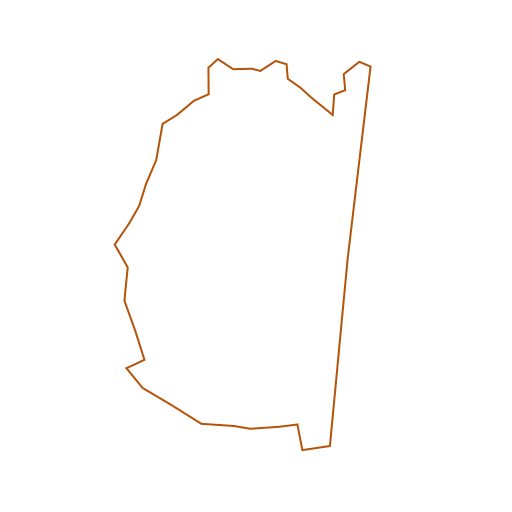 Syrianochori, Cyprus, rotated 169°
{"feature_id": "46923920B17336171931984", "entity_name": "Syrianochori", "entity_type": "district", "adm_level": 2, "iso_a3": "CYP", "parent_name": "Cyprus", "parent_adm1": "", "projection": "robinson", "projection_center": [32.933, 35.219], "detail": "fine", "context": "isolated", "style": "outline", "palette": "amber", "viewbox_px": 512, "rotation_deg": 169, "n_neighbors": 0, "source": "geoboundaries", "source_scale": "gbopen_adm2", "svg_char_len": 664}
<svg xmlns="http://www.w3.org/2000/svg" viewBox="0 0 512 512"><g transform="rotate(169 256 256)"><path d="M117.5,426.9L135.2,417.8L136.8,401.8L148.4,399.6L153.8,379.8L163.9,391.9L171.6,401.1L180.1,412.5L191.0,423.9L189.4,438.4L199.5,443.7L216.5,436.8L224.2,440.6L242.8,443.7L255.9,456.6L266.8,449.8L271.6,423.8L287.4,420.2L306.7,409.5L322.4,403.6L335.7,369.1L350.2,347.7L361.1,327.5L374.4,312.1L392.5,294.2L384.1,269.3L393.7,237.2L388.9,206.3L385.3,175.4L404.6,170.6L392.5,148.1L367.1,125.5L341.7,101.7L310.3,93.4L294.6,87.5L265.6,83.9L247.5,82.7L247.5,56.6L219.7,55.4L166.5,236.0L107.4,420.1L117.5,426.9Z" fill="none" stroke="#b45309" stroke-width="2"/></g></svg>